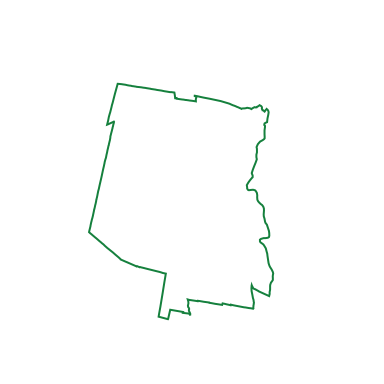 outline of Botesti, Neamt, Romania, rotated 237°
{"feature_id": "2599482B78985950419724", "entity_name": "Botesti", "entity_type": "district", "adm_level": 2, "iso_a3": "ROU", "parent_name": "Romania", "parent_adm1": "Neamt", "projection": "mercator", "projection_center": [26.751, 47.065], "detail": "fine", "context": "isolated", "style": "outline", "palette": "green", "viewbox_px": 384, "rotation_deg": 237, "n_neighbors": 0, "source": "geoboundaries", "source_scale": "gbopen_adm2", "svg_char_len": 5916}
<svg xmlns="http://www.w3.org/2000/svg" viewBox="0 0 384 384"><g transform="rotate(237 192 192)"><path d="M219.7,300.2L221.0,299.8L220.8,299.4L220.7,298.6L220.5,298.1L220.3,297.4L220.0,297.1L219.9,296.9L219.9,296.6L220.7,296.5L221.5,296.2L221.8,296.0L222.0,295.8L222.2,296.0L222.5,296.0L223.1,295.8L223.9,296.0L224.3,296.4L224.8,296.7L225.5,296.9L226.3,296.8L226.8,296.6L227.4,296.3L227.8,296.0L228.0,295.9L227.9,295.5L227.9,294.8L227.9,293.7L227.9,293.2L228.1,292.7L227.8,292.3L228.0,291.9L228.2,291.7L228.4,291.2L229.0,290.8L229.2,289.8L229.2,289.5L229.3,288.1L229.2,287.2L229.2,286.9L230.1,286.6L230.7,286.1L232.6,284.1L233.0,282.7L233.7,281.3L234.4,280.2L234.8,279.1L234.8,278.7L235.7,278.4L235.8,278.3L236.0,278.1L236.2,277.9L236.4,277.7L236.7,277.6L238.1,276.7L239.0,276.0L239.7,275.6L240.3,275.2L241.3,274.5L241.8,274.1L242.4,273.6L243.9,272.6L245.5,271.6L247.1,270.3L247.9,269.6L252.6,265.6L253.5,264.7L260.6,257.6L264.7,253.3L265.7,252.3L266.1,251.9L267.2,250.8L269.1,249.0L271.4,246.6L271.8,246.0L271.6,246.2L271.0,246.5L270.4,246.9L269.8,247.5L269.6,247.6L269.3,247.6L268.8,247.0L268.6,246.7L268.0,246.0L267.4,245.5L265.9,244.6L266.2,244.3L266.8,243.6L267.7,242.6L268.4,241.8L268.9,241.2L269.4,240.6L269.8,240.1L270.3,239.5L270.9,238.9L271.8,237.8L272.2,237.4L272.7,236.7L274.2,235.1L274.6,234.6L274.8,234.3L276.1,232.8L276.7,232.1L277.6,231.1L278.5,230.0L278.7,229.8L279.3,230.2L279.6,229.7L279.9,229.0L282.3,230.2L285.0,231.4L285.3,231.1L286.2,230.0L287.0,229.1L287.6,228.1L288.6,227.0L289.8,225.7L291.7,223.6L293.8,221.5L295.9,219.1L296.7,218.2L297.0,217.9L297.9,217.0L299.4,215.3L300.0,214.6L300.7,213.8L301.2,213.4L302.2,212.3L303.8,210.5L304.6,209.7L306.1,207.9L307.4,206.5L308.3,205.4L310.4,202.8L310.8,202.5L311.4,201.8L312.5,200.6L313.4,199.5L313.7,199.2L314.2,198.8L314.5,198.5L315.3,197.5L316.7,196.0L318.2,194.6L318.9,193.8L320.2,192.3L320.5,192.0L322.7,189.3L323.2,188.6L316.3,180.8L310.2,174.2L309.5,173.4L308.4,172.1L307.1,170.8L303.2,166.6L302.9,166.2L302.5,165.7L300.2,163.1L297.7,160.7L294.7,157.5L294.5,158.4L294.0,161.9L293.7,163.8L293.6,164.8L293.3,164.8L293.0,164.5L292.2,163.7L291.5,162.9L291.0,162.3L290.4,161.8L289.8,161.1L289.2,160.4L288.7,160.0L288.3,159.5L286.7,157.8L284.9,155.8L284.1,155.0L283.8,154.6L282.9,153.7L281.8,152.9L281.2,152.3L280.3,151.5L279.2,150.3L277.5,148.5L276.5,147.6L276.3,147.2L275.6,146.5L274.6,145.5L273.0,143.8L271.5,142.4L269.7,140.5L267.5,138.4L266.9,137.6L266.4,137.0L265.5,136.0L264.6,135.0L264.0,134.5L263.4,133.9L261.4,131.9L259.2,129.6L256.4,126.8L253.8,124.2L248.1,118.3L246.9,117.1L245.3,115.5L244.6,114.7L244.0,114.0L243.2,113.2L240.5,110.6L240.1,110.2L239.1,109.2L238.4,108.4L237.9,108.0L237.6,107.5L236.7,106.8L236.2,106.3L235.5,105.6L234.5,104.6L233.8,103.8L233.3,103.3L232.6,102.6L231.6,101.6L231.3,101.2L231.0,101.0L230.9,100.8L230.8,100.7L230.5,100.3L229.6,99.5L229.1,99.0L228.6,98.5L227.5,97.4L225.6,95.5L224.4,94.2L223.4,93.0L222.3,91.9L221.6,91.1L220.6,90.1L219.3,88.8L218.5,88.1L215.5,84.9L214.4,83.8L212.7,84.2L211.3,84.7L209.8,85.1L208.5,85.5L205.8,86.3L205.4,86.5L204.9,86.6L203.2,87.1L201.7,87.5L199.2,88.3L198.3,88.5L196.3,89.2L194.9,89.5L194.7,89.5L192.9,90.0L191.1,90.5L189.9,90.9L189.4,91.1L188.7,91.3L184.2,92.8L181.6,93.5L178.6,94.4L177.3,94.8L174.6,95.5L174.3,95.4L174.1,95.5L161.6,103.8L159.7,105.0L159.8,105.5L157.4,107.1L157.4,107.5L156.6,108.2L154.4,110.3L153.4,111.2L150.6,113.8L148.9,115.4L144.6,119.4L142.6,121.3L140.8,122.8L140.7,122.9L140.3,123.1L138.7,124.7L137.8,125.6L131.5,119.8L123.2,112.3L112.9,102.9L107.7,98.0L105.6,96.1L98.4,102.6L98.5,102.8L105.1,109.6L96.2,119.2L95.6,118.5L91.4,123.6L91.1,123.7L90.8,123.6L90.8,123.4L90.7,123.4L90.2,123.4L90.1,123.7L91.0,124.3L92.4,124.5L93.9,124.7L94.4,124.9L94.7,125.1L95.1,125.5L95.3,125.8L95.9,126.1L96.4,126.2L97.0,126.2L97.4,126.1L98.2,126.4L98.8,126.6L100.5,128.3L102.0,129.2L104.2,129.9L102.9,131.0L102.4,131.6L100.9,133.3L98.6,135.9L97.3,137.3L97.6,137.6L96.3,139.1L93.5,142.1L89.9,146.3L89.6,146.2L88.2,147.8L85.6,150.5L83.5,152.9L80.9,155.8L81.9,157.0L80.3,158.6L79.1,159.7L76.8,162.0L76.0,162.7L76.1,162.8L76.4,163.2L75.1,164.4L73.7,165.8L66.8,173.0L66.3,173.7L63.6,176.6L62.3,178.2L60.8,179.7L60.9,180.0L61.0,180.0L61.6,180.4L62.2,180.9L63.3,181.7L64.1,182.5L65.0,183.2L65.2,183.5L65.7,183.8L66.8,184.2L67.9,184.8L70.0,185.4L73.1,186.7L76.4,188.0L77.6,188.7L79.0,189.5L81.1,191.1L81.3,191.3L80.9,191.2L80.2,191.2L79.4,191.1L78.9,191.0L78.0,191.0L77.8,191.0L77.2,191.2L76.9,191.4L76.5,191.6L76.1,192.0L75.9,192.1L75.7,192.3L75.3,192.4L74.6,192.7L74.1,193.1L73.6,193.3L72.9,193.7L72.7,193.8L72.3,193.9L62.7,200.0L64.2,201.6L65.8,202.6L67.4,204.2L69.2,205.4L70.6,206.3L71.6,207.1L72.3,208.0L73.0,208.9L73.5,210.4L74.2,211.9L75.6,212.8L77.3,213.8L78.5,214.8L79.4,215.7L80.8,216.2L82.7,216.5L84.5,216.6L86.4,216.6L87.5,216.7L88.9,217.0L90.7,217.5L94.0,219.0L96.2,220.0L97.3,220.5L99.3,221.5L101.9,222.3L104.5,223.2L107.0,223.3L109.1,223.3L111.0,222.6L112.5,222.0L113.6,222.1L115.0,223.0L115.1,224.3L114.3,227.0L113.3,228.5L112.3,230.7L112.3,232.0L113.2,233.0L115.5,234.4L117.4,235.3L123.8,237.0L126.0,236.8L127.3,237.1L130.2,238.3L132.6,239.0L134.3,240.0L137.3,242.3L139.0,243.3L140.9,243.8L142.9,243.7L144.4,243.1L146.6,242.6L148.2,242.4L149.9,242.6L152.1,243.8L153.8,245.0L155.9,245.9L157.6,246.0L158.9,245.9L160.2,244.9L160.9,244.0L161.8,242.2L162.5,240.7L163.1,240.2L164.0,240.1L165.0,240.2L165.9,240.8L167.9,241.7L169.3,244.5L170.3,247.1L171.2,250.0L171.3,250.8L172.2,251.5L173.0,251.9L174.2,252.1L175.3,252.4L177.6,255.2L180.0,258.5L181.8,261.1L183.7,263.6L184.2,264.2L186.2,265.0L188.2,266.3L189.9,268.1L192.9,270.0L194.5,270.6L196.2,273.2L196.7,274.8L197.2,276.6L197.0,279.4L197.1,281.3L197.4,282.1L198.9,283.1L200.8,284.2L204.2,286.4L205.6,287.6L207.0,288.8L208.0,289.3L208.8,289.1L209.5,289.6L210.0,290.3L209.9,291.9L209.7,293.0L212.6,295.4L215.1,297.9L217.0,299.6L218.2,300.1L219.7,300.2Z" fill="none" stroke="#15803d" stroke-width="2"/></g></svg>